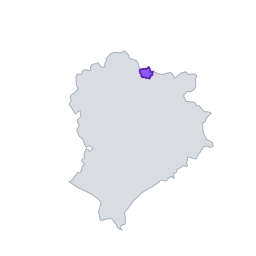 Dubrowna, Vitebsk, Belarus shown in context, rotated 314°
{"feature_id": "67162791B1773631612848", "entity_name": "Dubrowna", "entity_type": "district", "adm_level": 2, "iso_a3": "BLR", "parent_name": "Belarus", "parent_adm1": "Vitebsk", "projection": "mercator", "projection_center": [30.836, 54.609], "detail": "fine", "context": "in_parent", "style": "filled", "palette": "violet", "viewbox_px": 256, "rotation_deg": 314, "n_neighbors": 0, "source": "geoboundaries", "source_scale": "gbopen_adm2", "svg_char_len": 5626}
<svg xmlns="http://www.w3.org/2000/svg" viewBox="0 0 256 256"><g transform="rotate(314 128 128)"><path d="M196.3,177.7L192.9,177.5L188.9,177.6L186.6,179.2L184.1,178.4L182.3,179.3L178.3,183.7L176.7,186.1L175.2,189.7L174.3,192.3L174.8,194.2L175.6,195.9L175.7,197.8L176.1,199.3L175.1,200.3L174.5,201.8L172.8,201.6L170.8,200.1L170.3,198.0L168.7,196.5L167.7,195.7L165.9,195.6L163.2,196.3L159.5,196.8L156.8,197.0L155.3,197.7L153.1,198.5L152.3,197.6L151.0,195.2L150.0,192.8L149.3,191.7L148.7,191.4L148.0,191.5L147.1,192.3L146.5,193.0L144.2,194.0L143.2,194.8L142.1,197.0L141.4,196.9L140.6,196.4L139.7,193.9L138.5,193.3L136.6,193.3L134.2,192.8L132.3,192.0L131.6,192.2L130.5,193.2L129.2,193.4L126.5,192.5L126.0,192.9L124.4,195.6L123.7,195.7L123.2,195.4L123.5,193.0L121.9,192.2L119.2,192.1L117.4,192.4L116.4,192.3L116.0,191.8L113.7,187.9L112.5,187.6L110.3,187.8L107.1,187.3L103.4,186.4L101.4,186.1L100.3,185.2L98.0,184.9L91.9,183.2L89.4,182.9L85.7,182.9L80.1,182.5L76.6,182.7L74.9,183.2L73.0,183.6L66.3,184.1L64.0,184.5L63.3,185.4L62.5,187.2L59.7,190.4L57.1,192.5L56.6,192.7L55.1,191.5L53.8,191.2L52.2,191.0L51.2,191.4L50.5,191.9L50.6,194.4L50.4,194.6L49.2,191.7L49.3,189.1L50.0,187.6L50.8,186.2L50.5,184.2L51.2,181.5L51.3,179.5L50.9,178.6L50.3,177.7L48.6,176.6L47.8,175.7L45.4,174.6L43.1,173.2L42.7,172.3L42.8,171.7L43.2,170.8L45.0,168.2L46.9,165.6L48.2,164.5L54.7,161.2L55.7,160.1L56.0,158.1L55.9,154.1L55.5,150.5L55.0,147.9L53.7,143.2L50.3,133.3L48.3,123.0L49.6,123.6L52.7,123.9L55.2,123.2L56.5,123.1L57.6,123.3L60.9,122.7L61.7,123.6L63.2,124.5L66.0,123.3L68.6,121.8L71.2,122.0L71.6,121.3L72.2,117.6L73.0,116.8L76.2,117.2L77.4,116.5L78.6,114.7L80.4,113.5L82.0,113.5L83.6,112.3L84.4,113.1L84.8,114.6L84.3,115.9L84.5,116.3L85.6,116.9L87.5,116.9L88.8,116.4L89.1,115.7L89.0,114.5L88.7,113.3L87.9,112.3L86.4,111.7L85.3,111.7L85.2,111.1L85.5,109.7L86.5,107.1L87.6,104.8L88.3,103.9L88.5,103.1L88.3,101.7L88.3,99.2L89.3,95.6L90.7,92.9L92.6,92.1L94.9,91.6L96.4,90.3L97.1,88.8L97.7,86.5L98.5,86.0L104.0,86.3L104.9,84.0L105.3,83.4L106.4,82.7L107.1,81.9L106.8,81.2L105.4,80.8L102.1,80.5L101.4,79.7L101.7,78.8L102.5,76.4L103.4,73.2L103.8,70.8L103.9,69.4L104.3,69.0L107.1,68.6L108.0,68.1L110.3,64.8L112.1,64.2L116.7,65.1L118.8,65.0L121.5,65.2L121.7,64.9L122.6,61.6L127.2,56.4L129.6,54.6L131.1,54.2L131.7,54.2L134.1,57.0L134.7,57.1L136.3,56.0L139.1,55.9L140.4,56.8L142.3,60.3L143.2,60.7L146.0,58.8L147.5,58.1L148.5,58.1L153.6,60.8L154.0,61.6L154.0,62.6L153.2,65.7L154.3,67.6L155.5,68.9L158.2,66.8L159.2,66.2L160.2,66.1L161.6,65.4L162.7,64.2L163.7,63.8L165.6,64.0L169.0,63.8L173.0,65.6L173.3,66.2L175.3,68.4L176.0,69.5L176.6,69.8L177.7,70.9L179.1,71.5L180.1,71.3L180.6,71.7L181.0,72.5L181.1,73.9L180.9,78.0L179.5,80.1L179.3,80.8L179.4,81.7L180.5,83.4L181.9,86.1L182.3,87.7L182.3,88.8L180.3,92.3L179.6,93.1L179.2,94.7L178.9,96.4L179.1,97.1L182.4,99.9L184.9,101.3L185.4,102.0L185.5,102.5L184.2,105.4L184.0,106.2L186.0,107.4L187.1,109.2L188.0,112.3L189.9,115.2L196.9,119.5L197.5,120.3L197.7,121.2L197.4,123.2L196.2,127.0L197.4,127.5L200.4,127.4L204.2,127.9L208.6,130.5L208.6,131.7L208.2,132.8L208.5,134.0L209.0,134.9L212.8,137.9L213.2,138.8L213.3,140.2L213.2,141.2L212.1,141.5L210.9,142.0L209.0,143.2L208.2,145.0L205.1,147.5L203.1,148.6L201.6,148.6L197.9,148.1L196.6,146.9L196.1,145.8L194.6,145.3L192.8,145.3L190.2,145.4L189.6,145.8L189.2,147.1L188.1,149.5L187.3,150.8L190.6,155.4L192.3,157.3L192.8,158.4L192.8,159.2L192.0,160.2L192.1,162.1L193.7,164.7L193.2,165.1L193.0,168.2L193.0,171.6L193.4,172.4L194.3,173.0L195.0,174.2L196.3,177.0L196.3,177.7Z" fill="#d9dde1" stroke="#a8b0b8" stroke-width="1"/><path d="M185.7,106.7L185.3,106.4L185.0,106.2L184.8,106.0L184.5,105.8L184.3,105.7L184.1,105.6L184.2,105.2L184.3,105.0L184.3,104.7L184.5,104.5L184.9,104.3L184.9,103.8L184.9,103.5L185.1,103.1L185.6,102.9L185.8,102.6L185.8,102.2L186.0,101.9L186.1,101.5L186.1,101.2L186.4,100.9L186.3,100.7L186.2,100.4L185.7,100.1L185.3,100.4L185.1,100.4L184.7,100.4L184.2,100.4L183.9,100.2L183.7,100.2L183.5,100.3L183.2,100.4L182.9,100.3L182.7,100.2L182.8,99.8L182.9,99.6L182.9,99.2L182.6,99.1L182.3,99.1L182.1,99.0L182.1,98.8L181.9,98.5L181.7,98.4L181.5,98.2L181.3,97.9L181.1,97.7L180.7,97.7L180.4,97.7L180.1,97.6L180.1,97.3L180.0,97.0L179.8,96.7L179.5,96.6L179.1,96.6L178.7,96.4L178.5,96.2L178.4,96.0L177.9,96.2L177.6,96.3L177.2,96.5L176.8,97.0L176.8,97.3L176.6,97.5L176.3,97.9L176.0,98.1L175.8,98.4L175.8,98.6L175.7,98.8L175.7,99.0L175.8,99.4L175.9,99.6L175.8,99.8L175.9,100.0L175.9,100.3L175.7,100.6L175.5,100.9L175.4,101.1L175.0,101.2L174.9,101.2L174.7,101.2L174.6,101.3L174.9,101.5L175.0,101.5L174.9,101.9L174.7,102.0L174.3,102.3L174.3,102.6L174.3,102.8L174.5,102.9L174.7,103.0L174.7,103.4L174.7,103.5L174.8,103.8L175.0,104.0L175.4,104.0L175.5,103.9L175.8,103.9L175.8,104.1L175.8,104.3L175.8,104.5L176.0,104.8L176.2,105.1L176.3,105.3L176.4,105.5L176.5,105.7L176.5,105.9L176.4,106.0L176.4,106.3L176.6,106.6L176.8,106.7L177.0,106.6L177.3,106.7L177.4,106.9L177.6,107.1L177.7,107.4L177.8,107.6L178.0,107.7L178.2,107.8L178.4,107.9L178.4,108.1L178.3,108.3L178.2,108.6L178.3,108.6L178.5,108.6L178.7,108.9L178.7,109.1L178.9,109.0L179.1,108.8L179.4,108.7L179.6,108.8L179.8,108.9L180.0,108.9L180.3,108.9L180.6,108.7L180.8,108.6L180.9,108.3L180.8,108.1L180.8,107.9L180.9,107.7L181.1,107.7L181.3,107.7L181.4,107.8L181.6,107.9L181.8,108.0L182.0,108.0L182.3,108.2L182.6,108.2L182.9,108.1L183.0,108.3L183.1,108.7L183.1,108.8L183.3,108.8L183.5,108.7L183.6,108.3L183.6,108.2L183.8,108.0L184.0,107.8L184.2,107.6L184.4,107.5L184.6,107.5L184.7,107.4L184.9,107.3L185.2,107.2L185.3,107.1L185.5,106.9L185.6,106.7L185.7,106.7Z" fill="#8b5cf6" stroke="#5b21b6" stroke-width="1.5"/></g></svg>